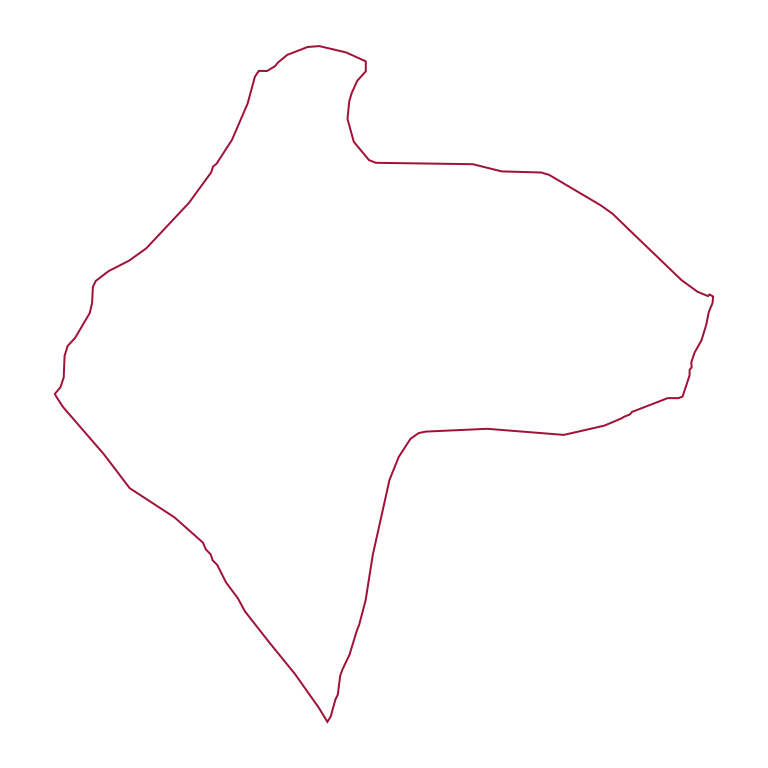 the district of Santa Bárbara, Huehuetenango, Guatemala
{"feature_id": "79465075B43226162523151", "entity_name": "Santa Bárbara", "entity_type": "district", "adm_level": 2, "iso_a3": "GTM", "parent_name": "Guatemala", "parent_adm1": "Huehuetenango", "projection": "orthographic", "projection_center": [-91.62, 15.332], "detail": "fine", "context": "isolated", "style": "outline", "palette": "rose", "viewbox_px": 768, "rotation_deg": 0, "n_neighbors": 0, "source": "geoboundaries", "source_scale": "gbopen_adm2", "svg_char_len": 1314}
<svg xmlns="http://www.w3.org/2000/svg" viewBox="0 0 768 768"><path d="M713.1,296.5L709.5,294.5L708.0,296.1L697.4,291.7L681.5,280.1L641.2,241.4L612.6,213.8L601.0,205.5L549.0,174.8L541.2,172.5L501.6,171.4L472.8,164.2L375.8,162.8L369.0,160.1L353.8,141.8L347.5,119.0L349.3,101.0L351.7,93.1L357.2,80.8L365.8,71.3L365.8,61.4L346.3,52.5L319.3,46.1L307.6,47.0L287.2,54.9L277.8,62.7L275.1,66.1L267.0,71.0L258.8,70.9L254.9,76.7L247.6,103.6L232.0,139.8L216.5,163.8L213.1,166.5L211.1,172.5L188.9,202.9L146.2,248.4L129.1,260.6L108.6,271.1L95.8,280.9L92.9,286.8L92.1,303.0L89.7,313.1L75.1,337.9L67.7,345.9L64.6,355.8L63.7,377.5L60.4,387.3L54.9,393.8L55.9,396.0L63.1,407.1L104.0,454.4L129.7,488.2L174.5,517.4L203.0,542.7L205.8,549.4L210.7,554.4L212.6,560.3L217.2,564.9L226.2,582.7L237.9,598.3L244.9,611.3L268.7,641.7L295.1,674.2L318.7,707.6L327.4,721.9L330.8,716.3L335.4,699.5L337.8,694.7L340.2,675.8L342.7,668.9L349.5,654.7L356.7,631.1L359.3,624.3L365.6,600.3L372.8,554.8L389.5,479.9L398.8,456.8L410.5,438.8L418.6,433.1L425.6,431.6L487.2,428.8L563.8,434.9L604.1,425.7L621.5,418.4L623.8,416.9L630.0,414.4L632.0,411.9L667.7,398.1L678.6,398.1L682.5,396.6L689.6,375.4L689.6,369.8L691.6,367.4L691.3,362.3L694.6,352.5L701.5,340.3L706.3,324.5L708.7,312.3L712.6,302.8L713.1,296.5Z" fill="none" stroke="#9f1239" stroke-width="2"/></svg>